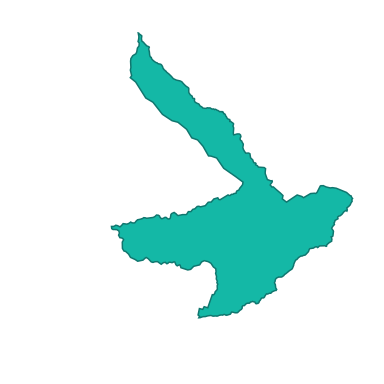 outline of Tambores, Paysandú, Uruguay, rotated 38°
{"feature_id": "84410073B26117167453327", "entity_name": "Tambores", "entity_type": "district", "adm_level": 2, "iso_a3": "URY", "parent_name": "Uruguay", "parent_adm1": "Paysandú", "projection": "natural_earth1", "projection_center": [-56.592, -32.019], "detail": "fine", "context": "isolated", "style": "filled", "palette": "teal", "viewbox_px": 384, "rotation_deg": 38, "n_neighbors": 0, "source": "geoboundaries", "source_scale": "gbopen_adm2", "svg_char_len": 6105}
<svg xmlns="http://www.w3.org/2000/svg" viewBox="0 0 384 384"><g transform="rotate(38 192 192)"><path d="M274.8,286.9L275.8,286.0L276.7,284.5L277.7,283.2L279.2,282.0L280.7,279.9L282.6,277.9L283.2,277.5L285.0,276.9L287.2,274.9L287.9,274.6L288.6,273.9L289.4,272.4L290.7,270.9L292.0,270.1L292.6,268.8L293.2,268.4L294.3,268.3L294.7,267.8L295.2,267.8L297.4,264.7L297.4,263.7L297.1,262.7L297.2,262.2L298.1,261.6L300.2,260.7L301.8,259.5L302.2,258.9L302.6,255.7L303.2,254.0L303.0,252.5L302.1,251.5L302.1,250.8L302.2,250.2L303.2,249.3L303.5,246.5L304.3,245.4L305.8,244.1L305.8,242.7L306.6,241.9L307.1,240.9L308.2,240.6L309.1,240.0L310.8,240.7L311.2,240.3L311.7,240.3L312.1,239.5L312.5,239.3L312.8,238.2L312.6,237.2L312.3,236.9L312.4,235.0L312.1,233.1L312.5,232.3L313.4,231.6L313.7,231.1L313.8,229.8L313.5,229.2L313.4,226.4L314.4,225.9L315.4,224.0L316.3,223.4L316.6,222.5L316.6,221.3L318.1,218.5L318.9,217.8L318.7,216.6L317.1,216.1L314.5,213.5L313.5,213.2L312.8,212.7L312.5,211.3L311.8,210.1L311.5,209.1L311.6,207.8L312.6,205.7L314.7,204.1L315.3,203.1L315.8,201.2L315.7,199.9L316.1,199.1L317.3,193.8L318.2,191.3L318.1,190.2L317.3,187.3L316.6,186.1L315.8,183.1L315.7,181.3L316.2,180.6L316.3,178.1L317.1,175.7L318.4,174.4L318.8,173.4L319.7,172.4L320.1,171.8L320.5,167.3L319.7,165.0L319.7,164.1L322.2,161.5L322.9,159.6L323.4,158.8L324.0,158.4L325.1,158.5L325.4,157.9L325.5,156.9L325.7,156.0L329.9,152.5L331.1,152.3L331.4,151.9L330.7,150.5L331.3,147.5L332.3,144.9L332.3,144.6L331.8,144.2L331.6,143.4L331.1,143.1L330.5,142.3L329.3,141.7L330.1,140.4L330.1,139.9L327.7,135.9L327.0,135.5L324.8,134.8L324.4,134.5L324.2,133.7L324.1,131.8L324.3,130.0L322.9,128.9L322.9,127.7L322.2,126.5L322.3,126.1L323.5,123.2L322.2,122.1L322.4,120.8L323.4,119.5L323.9,117.4L323.9,113.9L324.7,111.7L325.8,111.7L325.5,110.7L323.8,109.1L324.4,106.8L324.6,104.6L324.1,103.1L323.9,100.7L322.6,99.6L322.6,98.3L321.1,97.9L319.7,97.1L318.9,97.5L314.1,97.2L303.4,100.2L300.0,102.1L298.4,103.7L294.7,105.4L291.4,106.2L290.5,107.2L289.8,107.5L289.4,108.3L290.8,115.4L290.4,117.0L289.2,117.6L286.4,120.2L283.4,127.8L281.3,127.9L276.7,129.6L272.7,141.8L267.4,141.8L265.9,138.8L262.2,138.4L256.9,138.2L253.0,137.9L252.0,138.9L251.4,138.6L249.5,138.5L249.1,137.8L249.1,135.3L248.9,134.4L248.5,134.0L248.1,133.8L247.6,134.4L246.9,134.8L243.7,135.8L238.5,132.5L237.6,131.5L235.6,128.3L233.8,128.3L229.0,131.5L227.3,131.0L225.3,131.4L224.8,130.1L223.9,130.1L223.0,130.8L221.7,130.4L220.1,129.3L217.1,129.0L214.1,126.2L212.7,126.4L210.4,128.3L207.9,127.5L206.3,126.8L204.7,125.7L203.2,123.0L202.7,122.6L202.2,122.3L201.7,122.3L199.7,121.2L198.6,121.4L197.3,120.7L196.7,119.6L196.5,118.3L195.1,117.2L193.8,117.1L193.3,117.3L191.8,118.5L189.8,121.3L189.4,121.2L188.2,120.0L185.8,116.4L185.1,115.6L183.6,114.8L183.3,113.7L182.8,112.7L182.2,112.5L180.8,112.5L180.4,112.7L179.1,112.5L178.6,112.7L178.1,112.4L178.0,112.8L177.1,111.7L175.8,112.3L174.1,112.2L172.8,111.5L171.9,111.4L171.1,110.8L169.7,110.3L168.8,110.7L167.8,110.1L167.3,109.9L167.0,110.3L166.5,110.0L166.0,110.2L165.8,110.7L164.8,111.2L164.5,111.6L162.1,111.8L161.6,112.1L159.7,112.3L159.1,112.7L159.0,113.2L157.6,113.4L157.3,113.9L156.3,114.4L154.4,114.6L153.3,115.7L152.7,115.8L151.9,116.7L151.8,117.2L150.7,118.1L149.0,119.1L147.3,118.9L145.6,119.2L144.9,119.1L143.6,118.5L142.9,118.5L140.8,119.1L138.7,119.2L137.7,118.6L136.8,117.1L136.3,116.9L135.2,117.6L134.5,117.5L133.1,116.4L130.9,116.5L128.3,115.6L127.0,114.1L126.0,112.7L125.4,112.2L124.8,112.1L121.7,112.3L118.5,111.9L116.1,111.4L114.2,111.8L110.9,113.4L107.5,114.2L104.7,113.6L101.2,113.2L98.3,113.2L97.0,112.8L96.6,113.0L96.0,112.8L94.2,112.8L94.0,112.5L93.0,112.3L91.4,111.2L89.7,110.6L88.7,110.6L86.2,111.8L84.9,111.7L83.8,112.2L80.9,112.3L79.0,112.1L78.3,111.9L77.0,111.0L76.5,111.3L75.4,110.9L74.2,110.0L72.0,107.7L70.1,106.2L69.6,105.5L69.3,104.3L69.0,104.1L68.5,104.1L65.9,104.8L64.9,104.4L63.1,104.3L61.9,103.9L59.5,103.9L57.8,102.3L56.4,100.0L56.1,99.8L53.0,99.9L52.2,99.6L51.7,99.8L54.6,102.4L55.9,104.5L56.9,106.7L58.7,107.1L60.3,109.5L60.4,112.2L62.2,115.6L62.7,117.7L61.9,119.6L61.4,121.1L61.7,124.5L63.1,126.8L67.2,131.5L68.4,133.9L72.8,137.5L73.0,139.9L79.9,140.0L97.7,146.4L106.0,145.3L120.9,149.0L132.4,148.1L138.0,145.7L149.2,145.9L158.5,149.5L164.3,147.5L172.6,149.2L182.8,153.4L184.9,152.0L190.5,150.0L202.4,153.8L217.1,153.0L226.1,152.8L227.3,155.0L227.4,156.3L227.3,159.7L227.7,161.5L226.7,163.6L226.9,164.7L227.5,165.8L226.0,167.4L225.9,168.3L224.5,169.6L224.2,171.3L223.2,172.0L222.2,172.1L218.9,180.8L217.7,181.4L215.9,180.7L213.5,184.0L213.3,188.2L212.3,188.9L211.1,190.1L210.9,194.6L207.8,198.5L206.2,199.0L205.0,200.2L204.6,203.5L203.3,205.2L203.2,208.1L201.2,209.7L201.5,212.9L201.2,213.5L198.6,215.5L195.5,219.2L193.8,219.2L193.0,219.0L190.5,219.1L189.3,221.4L189.2,222.6L190.7,225.4L191.0,226.5L190.4,227.5L189.5,228.0L187.1,228.0L186.3,228.6L185.3,230.9L184.3,231.8L182.6,231.7L181.1,230.9L179.8,231.0L178.2,232.0L177.9,234.1L177.1,235.9L172.5,240.6L171.1,241.1L169.8,241.9L169.3,243.4L168.0,245.3L166.2,247.4L165.9,249.1L165.9,251.5L164.9,252.5L163.7,253.2L162.2,253.4L161.6,255.6L160.5,257.4L157.2,259.3L157.1,261.7L156.7,263.8L153.9,264.4L152.4,265.1L151.9,266.6L151.3,267.5L149.7,268.7L151.3,270.3L152.8,270.2L155.8,268.0L158.3,267.7L160.1,269.1L160.7,271.2L163.3,272.4L164.9,271.5L166.1,271.3L167.5,271.7L167.9,274.4L171.9,279.3L174.7,280.4L176.3,279.7L180.3,280.0L183.8,281.4L188.8,280.2L191.8,280.0L195.3,275.9L195.8,272.9L196.2,271.8L198.6,271.5L202.9,272.2L204.6,271.5L205.7,269.8L207.7,268.1L212.2,267.9L213.0,265.2L214.3,263.8L216.1,264.1L216.8,263.4L217.2,261.4L218.0,260.8L219.8,260.0L220.8,258.1L221.6,257.8L224.1,259.2L225.8,259.3L227.0,257.1L227.7,257.0L229.9,258.5L236.7,256.0L238.6,253.8L239.1,249.5L242.9,244.7L242.6,241.3L243.9,238.6L247.7,236.9L250.8,236.5L255.0,237.9L257.9,237.8L260.1,240.1L260.6,241.5L263.3,243.4L264.7,245.6L266.8,246.6L267.5,248.2L269.0,248.7L269.5,250.3L271.9,253.1L271.7,256.4L272.4,258.0L272.3,259.7L271.2,260.4L275.7,273.5L272.2,274.9L272.7,277.9L269.6,279.3L272.5,285.2L274.5,285.3L274.8,286.9Z" fill="#14b8a6" stroke="#0f766e" stroke-width="1.5"/></g></svg>